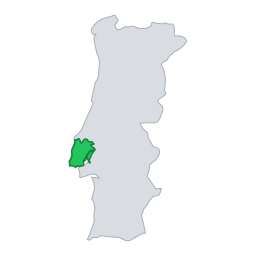 where Lisboa sits in Portugal
{"feature_id": "PRT-746", "entity_name": "Lisboa", "entity_type": "District", "adm_level": 1, "iso_a3": "PRT", "parent_name": "Portugal", "parent_adm1": "", "projection": "robinson", "projection_center": [-9.064, 38.994], "detail": "fine", "context": "in_parent", "style": "filled", "palette": "green", "viewbox_px": 256, "rotation_deg": 0, "n_neighbors": 0, "source": "natural_earth", "source_scale": "10m", "svg_char_len": 3757}
<svg xmlns="http://www.w3.org/2000/svg" viewBox="0 0 256 256"><path d="M95.2,23.9L98.5,21.0L101.9,19.1L103.7,18.3L111.3,16.3L113.4,15.4L115.2,15.5L115.6,16.5L116.6,18.3L117.9,19.6L118.2,20.6L115.3,24.5L114.9,25.9L116.4,28.5L116.7,29.2L117.4,29.6L119.5,29.5L123.2,27.8L125.7,26.4L126.6,27.0L133.8,26.2L135.5,26.9L136.7,27.6L140.2,28.5L144.1,28.6L148.9,27.3L151.0,25.9L151.4,24.4L151.5,23.3L152.1,22.6L153.2,22.2L154.9,22.9L157.4,23.5L163.2,23.8L164.4,22.9L166.4,23.2L169.0,24.2L172.0,23.9L173.6,25.2L174.2,26.9L174.4,30.6L174.3,34.3L174.9,35.7L176.9,36.0L180.2,36.0L183.2,37.0L185.6,38.8L186.4,40.6L186.7,41.8L185.6,42.5L184.0,45.2L180.0,48.7L174.2,51.8L169.8,55.7L166.8,60.3L163.0,62.3L161.8,63.4L161.4,64.7L164.0,70.4L164.8,74.8L165.5,80.2L165.1,81.7L164.9,87.6L164.4,89.4L164.5,90.8L165.5,92.3L165.9,93.8L164.2,95.6L161.0,97.7L158.6,99.6L158.0,101.4L158.2,102.5L162.2,106.3L163.0,107.8L162.5,111.5L160.2,117.6L158.0,121.3L157.6,121.7L155.1,122.8L143.0,122.8L140.0,123.6L140.5,124.4L143.3,129.2L146.3,131.7L147.3,132.3L148.4,137.9L153.3,146.8L158.0,148.1L159.6,150.3L159.4,153.4L157.9,156.9L155.1,160.4L151.7,162.9L149.5,165.4L149.3,168.2L148.6,171.9L147.6,174.7L147.3,176.7L156.0,188.9L160.8,188.3L161.4,188.6L160.6,191.5L159.1,194.9L157.3,195.5L153.2,196.6L149.3,201.0L146.2,206.2L143.9,208.8L141.7,215.1L142.0,217.8L143.1,222.0L145.4,233.0L142.2,233.5L129.8,240.6L126.0,240.6L118.8,237.5L106.1,236.5L102.0,235.5L96.8,237.6L92.8,237.5L89.7,240.2L87.4,239.5L90.0,233.6L94.1,221.9L93.9,214.8L94.9,208.6L93.8,202.5L91.7,198.7L94.5,188.7L94.2,183.6L91.6,177.2L99.3,178.1L96.9,175.6L94.6,174.0L92.3,174.4L90.4,174.3L83.8,176.8L80.5,177.5L79.6,177.1L79.9,173.1L78.2,167.9L80.9,166.5L83.9,166.1L86.5,163.9L88.1,161.5L87.3,157.1L89.5,152.9L94.8,149.3L92.1,149.9L88.9,152.1L84.0,160.1L82.4,164.1L78.2,165.4L74.4,166.1L72.5,165.7L70.1,164.6L69.9,161.7L70.1,159.3L71.7,154.5L72.3,147.8L74.6,141.9L74.4,140.3L73.8,137.9L75.8,135.6L78.2,134.0L81.9,128.9L87.1,116.6L93.1,103.7L92.6,102.1L91.4,100.9L91.9,97.4L95.4,82.3L96.9,80.3L98.6,75.9L98.9,68.7L99.6,63.8L99.4,61.3L98.9,58.3L96.6,52.6L94.2,40.6L94.0,36.6L96.0,34.5L92.7,34.2L91.3,31.6L91.6,28.7L95.2,23.9Z" fill="#d9dde1" stroke="#a8b0b8" stroke-width="1"/><path d="M94.8,149.2L93.2,150.3L90.1,150.6L89.6,151.0L88.9,152.3L87.2,154.6L85.2,158.5L84.1,159.7L83.7,160.3L83.4,161.0L83.5,161.8L83.6,163.3L83.7,164.3L83.2,165.4L81.4,165.9L79.3,166.3L77.0,166.1L76.3,166.5L75.7,167.3L74.3,166.5L72.7,165.8L71.8,165.7L70.2,165.9L69.5,165.7L69.5,164.8L69.8,164.0L69.3,162.1L69.3,161.2L69.5,160.7L69.9,160.2L70.8,159.4L72.0,155.8L71.9,153.2L71.5,151.5L71.9,150.5L72.0,149.3L73.4,146.9L73.9,145.7L74.6,144.1L74.8,142.4L75.0,141.0L74.7,139.9L75.1,139.9L76.5,139.9L78.0,139.0L78.3,138.8L78.8,138.9L79.0,138.9L79.2,139.0L79.5,139.4L79.8,139.9L80.6,142.5L81.2,143.0L81.9,142.5L82.7,141.6L83.5,140.3L84.3,139.4L84.6,139.2L84.9,139.1L85.3,139.0L85.8,139.1L86.5,139.4L87.5,139.6L87.9,140.7L87.9,141.3L90.4,142.0L91.8,141.6L92.1,142.2L93.9,143.9L93.4,144.4L92.8,144.5L91.8,144.5L91.3,144.6L90.8,145.0L91.0,145.5L91.3,145.6L91.5,145.8L91.8,146.4L92.0,146.6L93.0,147.5L94.0,148.0L94.4,148.3L94.5,148.6L94.8,149.2ZM89.4,162.7L89.4,162.4L89.0,161.8L88.6,160.9L88.4,160.0L88.6,159.4L87.8,159.4L87.4,158.7L87.2,157.6L86.9,156.6L88.4,153.5L89.3,152.1L90.6,151.2L91.3,151.0L92.9,150.9L93.6,150.6L94.9,149.7L94.9,149.9L94.9,150.1L94.6,150.2L93.9,151.0L92.6,151.4L92.7,151.8L93.1,152.1L92.4,153.1L92.2,153.5L91.8,154.0L91.5,154.7L90.2,158.0L89.7,158.9L89.4,159.3L88.9,159.8L88.9,160.3L89.5,161.1L89.7,161.3L89.8,161.6L90.1,162.6L89.8,162.6L89.4,162.7ZM85.8,158.6L86.0,158.5L86.0,158.8L85.8,159.4L85.3,160.1L84.7,160.8L84.4,160.7L84.7,159.9L85.1,159.3L85.5,158.9L85.7,158.7L85.8,158.6Z" fill="#22c55e" stroke="#15803d" stroke-width="1.5"/></svg>